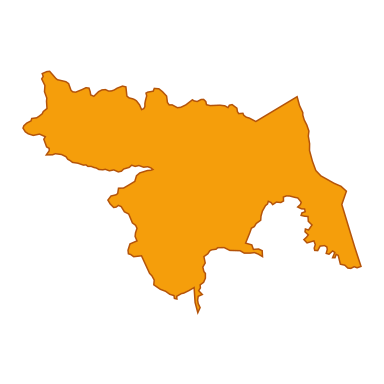 Cristal, Rio Grande do Sul, Brazil
{"feature_id": "56859067B17648914341650", "entity_name": "Cristal", "entity_type": "district", "adm_level": 2, "iso_a3": "BRA", "parent_name": "Brazil", "parent_adm1": "Rio Grande do Sul", "projection": "orthographic", "projection_center": [-52.044, -31.031], "detail": "fine", "context": "isolated", "style": "filled", "palette": "amber", "viewbox_px": 384, "rotation_deg": 0, "n_neighbors": 0, "source": "geoboundaries", "source_scale": "gbopen_adm2", "svg_char_len": 3548}
<svg xmlns="http://www.w3.org/2000/svg" viewBox="0 0 384 384"><path d="M42.2,73.6L43.2,76.4L41.7,78.9L44.9,85.5L44.5,91.7L46.8,98.1L46.5,101.2L47.0,108.5L43.3,111.5L42.2,113.8L39.3,116.1L36.7,117.8L31.7,118.5L31.0,120.9L26.7,123.1L23.9,125.7L23.0,128.1L25.3,131.8L28.2,133.8L33.3,135.4L39.5,134.1L45.3,136.7L43.8,139.2L46.6,146.9L49.2,148.4L49.2,150.8L46.3,154.9L52.5,154.8L55.3,153.7L61.5,154.5L66.0,156.7L67.8,159.3L70.2,160.6L72.5,162.4L77.9,163.2L83.4,165.1L86.0,164.9L87.9,166.4L91.2,166.4L94.0,167.5L96.3,168.0L98.9,169.5L102.8,169.8L105.3,169.3L109.4,170.8L113.8,169.9L118.3,171.9L121.4,171.2L123.7,169.0L129.2,167.4L131.7,165.2L135.2,166.4L138.9,165.5L143.6,167.2L147.7,166.7L150.9,167.9L152.9,169.5L150.8,170.3L147.5,170.5L139.8,172.9L136.5,175.7L134.8,181.4L128.0,185.5L123.5,188.1L118.5,188.2L117.7,193.5L116.0,194.8L111.0,196.0L107.9,200.1L110.2,204.0L113.7,207.5L116.1,207.1L118.4,205.4L121.2,206.6L124.4,211.8L128.7,214.0L132.4,222.9L135.6,225.3L137.0,228.3L135.5,232.9L135.1,236.4L137.0,240.9L130.0,243.9L128.0,250.2L128.4,253.8L130.7,254.5L133.7,256.7L141.5,255.8L149.6,273.4L151.9,275.8L154.2,280.0L153.8,284.8L160.3,289.3L165.6,291.3L169.8,294.3L174.0,295.6L174.4,298.4L176.9,299.0L176.7,296.3L181.4,293.6L183.8,293.1L188.9,290.6L194.1,287.6L195.1,302.5L197.8,312.7L200.1,307.6L198.2,303.6L197.6,300.2L198.2,296.3L202.3,294.5L198.7,290.7L200.4,287.9L200.1,284.9L203.6,282.3L205.4,278.2L205.4,273.4L203.9,271.6L202.8,267.1L205.2,263.0L203.9,256.6L207.8,253.8L209.8,250.8L211.7,249.8L216.1,249.2L217.7,247.7L224.2,247.6L229.8,250.4L240.1,250.7L244.2,253.1L250.3,253.1L254.5,252.6L258.3,254.1L262.5,256.6L262.2,250.7L258.6,249.0L253.4,249.4L251.8,244.9L245.6,243.1L249.8,232.7L251.4,228.2L254.3,226.6L256.2,223.5L260.7,220.2L261.0,216.1L262.4,211.1L265.5,205.6L267.5,204.0L268.3,201.3L271.0,202.5L272.7,204.6L276.4,202.1L280.8,202.5L283.5,201.0L283.4,197.0L286.5,195.9L289.7,196.0L295.0,197.4L297.7,197.9L299.6,200.1L301.2,202.3L300.4,204.5L297.7,207.0L301.4,208.8L304.6,209.0L305.2,211.7L301.9,212.9L301.1,215.4L304.5,216.2L308.0,216.5L308.3,221.3L312.0,225.0L308.5,230.0L305.4,229.0L305.0,231.8L308.3,234.9L306.5,237.2L303.9,239.6L307.0,242.9L313.9,240.9L315.3,244.6L314.2,248.1L314.7,250.4L317.7,250.6L320.1,246.1L324.5,245.6L326.8,246.9L327.3,249.3L326.2,253.4L329.0,254.2L332.6,251.0L334.8,252.4L332.6,257.7L335.0,257.7L336.2,254.4L338.2,255.4L340.4,264.2L344.8,265.2L347.9,268.1L350.8,268.4L354.2,266.7L357.1,267.8L361.0,266.4L354.6,246.8L341.8,204.5L346.4,191.2L341.0,186.3L334.1,183.3L320.9,175.9L315.8,170.5L312.4,161.2L309.5,150.5L309.6,143.7L308.3,136.1L308.9,131.1L306.8,125.0L304.2,119.9L302.8,115.1L302.8,112.6L299.5,105.5L297.1,96.7L255.8,121.5L249.4,118.1L246.3,117.2L243.8,115.4L242.9,113.3L238.7,113.6L237.4,111.6L236.9,108.2L232.1,104.6L229.4,105.2L228.0,107.6L224.8,105.8L219.9,105.2L210.1,105.6L206.5,104.7L205.8,101.5L203.6,99.4L201.1,99.5L197.2,101.5L194.1,100.9L192.4,99.8L185.8,104.9L180.8,107.3L177.4,107.7L172.2,104.9L169.2,104.9L167.4,102.4L166.6,96.1L162.5,91.7L158.9,88.8L154.3,88.4L153.2,91.2L147.8,92.1L146.0,93.1L146.7,95.9L145.5,100.3L144.9,103.4L144.9,106.6L143.8,108.6L141.6,109.6L139.5,104.8L136.5,100.9L134.6,99.6L132.7,98.8L129.1,97.9L126.9,96.1L125.9,86.9L122.5,86.1L117.1,88.2L114.2,90.0L111.6,90.9L108.7,91.1L105.4,89.6L102.0,89.9L98.6,91.6L93.8,96.3L90.7,94.9L90.2,91.8L89.0,88.1L86.0,87.7L82.0,89.6L75.6,92.2L72.7,91.8L71.0,90.3L68.6,83.6L65.9,81.7L62.6,80.9L60.4,80.4L57.4,79.7L55.7,78.3L52.7,74.8L49.6,71.3L46.8,71.6L42.2,73.6Z" fill="#f59e0b" stroke="#b45309" stroke-width="1.5"/></svg>